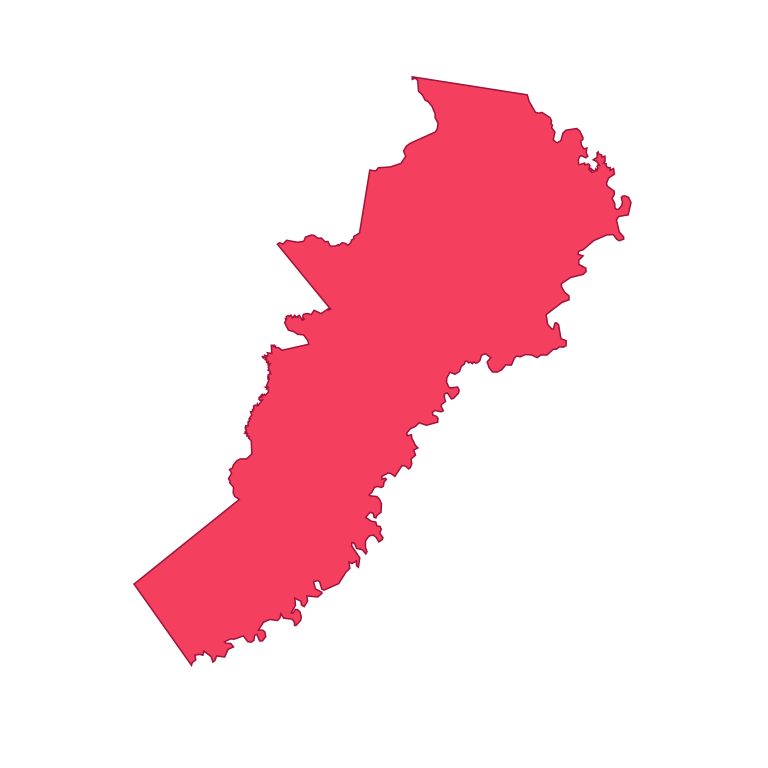 the district of Pacoa (Cor. Departamental), Vaupés, Colombia, rotated 279°
{"feature_id": "7082276B7457968430038", "entity_name": "Pacoa (Cor. Departamental)", "entity_type": "district", "adm_level": 2, "iso_a3": "COL", "parent_name": "Colombia", "parent_adm1": "Vaupés", "projection": "albers", "projection_center": [-70.674, 0.194], "detail": "fine", "context": "isolated", "style": "filled", "palette": "rose", "viewbox_px": 768, "rotation_deg": 279, "n_neighbors": 0, "source": "geoboundaries", "source_scale": "gbopen_adm2", "svg_char_len": 6158}
<svg xmlns="http://www.w3.org/2000/svg" viewBox="0 0 768 768"><g transform="rotate(279 384 384)"><path d="M627.4,578.8L632.7,577.0L630.4,573.7L633.1,573.6L632.8,570.9L634.3,569.1L636.4,569.0L636.6,566.3L638.7,567.5L643.6,566.6L642.3,563.8L644.3,563.1L644.9,559.8L646.7,559.2L645.7,558.3L641.4,559.1L638.1,555.6L636.8,559.6L633.7,562.4L633.7,561.0L632.2,560.3L630.7,561.5L628.3,561.0L629.7,559.5L626.9,559.1L625.4,556.0L627.0,554.4L627.7,557.0L629.4,554.5L628.2,552.8L632.0,553.2L633.4,551.4L631.8,548.3L633.6,547.6L631.3,542.9L631.9,541.6L636.5,540.9L639.7,541.9L640.3,543.4L639.0,548.0L640.9,549.7L644.2,547.4L648.8,547.5L647.4,544.6L651.1,541.5L654.6,540.4L656.5,542.1L658.4,542.0L664.6,537.7L666.5,534.4L663.1,523.9L659.8,521.5L651.9,520.6L649.2,517.1L651.5,513.0L659.7,513.4L663.3,509.5L666.1,509.9L667.2,508.1L670.0,508.4L673.0,506.4L677.0,497.5L675.6,494.5L676.1,491.0L685.9,483.1L692.0,480.3L691.8,363.8L689.3,364.3L691.0,366.9L689.1,369.8L678.5,372.3L675.5,376.7L670.7,380.3L669.7,383.5L665.7,388.0L658.7,392.3L655.1,392.8L649.9,396.6L644.5,396.7L641.0,395.3L625.8,372.2L622.3,368.8L617.1,366.9L612.4,369.8L604.6,366.3L599.4,356.4L596.7,344.6L593.1,342.5L593.1,336.5L529.2,336.2L525.1,331.1L522.8,331.4L521.0,329.3L518.6,329.2L515.2,326.6L516.8,324.3L517.0,320.5L513.9,318.1L514.6,317.2L512.6,314.4L511.9,310.3L512.1,309.0L516.0,306.3L515.3,303.5L518.3,299.4L517.6,295.9L519.7,292.1L519.9,289.3L516.9,283.5L512.4,282.4L510.5,276.6L510.7,265.3L506.4,262.3L507.2,258.8L505.4,256.8L449.5,319.6L448.5,317.4L450.0,317.5L443.7,310.9L445.9,303.4L441.2,301.3L441.7,297.5L440.5,294.1L439.4,293.2L436.0,293.6L435.6,295.0L434.2,293.5L438.6,289.6L437.7,288.4L435.7,288.4L437.0,288.0L435.8,285.4L436.6,286.3L437.9,285.0L435.0,283.3L437.5,281.3L435.7,279.4L436.6,278.6L435.3,276.9L433.1,277.5L433.0,276.5L431.6,277.3L429.1,276.2L422.3,281.1L421.5,287.0L419.6,290.8L419.9,296.9L414.9,302.0L411.5,303.5L401.4,278.1L403.3,274.3L403.2,270.9L404.5,270.9L403.7,269.1L405.1,269.3L404.6,266.6L396.6,268.4L396.6,264.0L395.4,265.0L393.2,264.5L393.8,261.6L391.7,260.8L392.3,259.0L390.7,260.9L391.9,263.4L390.8,264.0L389.5,262.8L389.2,264.5L387.3,264.4L386.6,265.5L387.5,266.3L384.8,266.7L385.8,268.3L382.6,267.0L380.8,268.2L379.6,267.2L378.5,269.8L376.8,269.5L376.3,270.5L374.8,268.1L372.2,268.2L372.6,269.1L370.7,268.9L371.0,269.9L363.9,268.3L362.9,269.9L362.3,267.5L361.7,269.1L360.7,268.8L360.9,270.3L358.0,271.1L354.1,268.5L355.1,267.4L353.7,266.5L354.4,265.8L353.1,264.7L353.9,264.7L352.4,263.8L352.0,265.0L351.2,262.7L349.2,262.9L348.4,264.2L349.1,266.4L343.1,263.1L344.6,262.0L342.7,261.8L343.0,259.9L341.7,258.6L338.9,259.4L338.1,257.5L338.0,258.6L336.3,258.7L335.7,256.5L332.7,258.3L329.3,256.5L328.6,257.4L328.3,256.3L325.8,256.8L325.5,255.7L321.3,256.3L321.3,254.1L319.6,253.7L319.3,254.7L317.9,254.1L316.3,255.5L314.8,254.2L314.1,256.2L313.4,255.0L313.3,256.9L311.2,256.5L310.9,259.1L309.6,258.5L307.3,261.7L294.3,264.4L288.5,260.0L287.5,253.8L285.2,250.6L280.3,247.8L277.3,247.5L275.4,244.8L272.0,247.4L266.0,245.2L263.6,247.4L262.3,247.1L258.5,251.5L252.7,252.1L249.6,254.2L247.4,259.2L147.3,168.4L76.0,237.9L78.9,238.2L82.1,241.3L86.5,239.6L88.1,244.0L87.8,247.6L92.0,247.9L87.8,255.8L82.6,258.5L84.1,260.1L89.2,261.2L89.4,269.3L97.5,271.5L100.8,276.5L103.8,273.2L103.2,268.7L104.4,266.8L108.2,272.3L108.6,276.2L113.2,284.4L108.2,289.8L108.2,293.1L110.4,295.6L115.6,295.5L116.8,297.6L110.8,301.3L111.2,304.1L115.9,306.7L120.4,305.2L121.9,302.7L121.2,298.4L129.9,302.3L133.6,308.2L133.7,315.8L136.6,317.8L141.0,318.2L137.0,321.5L137.4,330.0L134.8,332.7L131.5,333.4L131.7,334.8L137.5,338.6L140.9,338.8L145.7,336.7L147.6,333.9L147.4,331.6L143.6,330.2L143.6,328.2L151.7,331.2L158.5,329.4L156.4,336.0L152.8,337.0L151.6,340.0L157.7,342.5L162.6,341.0L163.3,351.9L167.6,355.5L168.7,355.1L170.8,348.4L177.7,345.3L179.4,349.1L178.9,351.2L171.6,354.7L171.0,357.0L179.8,370.5L192.4,375.9L196.6,379.1L202.7,377.2L201.7,380.6L204.9,384.3L200.2,385.3L199.0,387.4L208.4,387.3L219.1,377.4L222.4,377.1L222.1,379.6L217.3,382.8L217.0,388.4L213.3,392.6L215.7,393.5L219.9,391.2L226.2,390.3L231.4,392.9L233.1,396.9L231.3,400.3L227.2,403.6L229.9,406.5L232.0,407.0L236.1,403.2L240.2,404.0L242.7,402.4L242.8,399.0L246.4,397.5L246.5,392.8L249.4,386.8L255.0,390.2L254.6,393.6L250.9,394.9L250.4,396.9L253.3,397.7L256.8,401.1L265.4,400.2L269.5,397.5L271.7,394.6L271.4,387.0L272.3,386.6L275.0,388.9L280.5,390.8L281.8,393.9L281.4,397.6L282.9,399.4L287.1,399.4L290.2,401.3L291.1,399.9L289.7,396.9L292.3,396.2L296.7,401.9L296.7,404.9L294.4,409.2L306.2,414.5L306.3,417.8L304.0,421.7L305.5,423.1L309.5,423.9L314.3,422.5L318.6,426.3L323.4,423.7L326.2,427.5L328.2,424.7L334.9,419.9L338.2,419.1L336.6,415.1L339.1,414.2L343.8,416.9L347.2,421.8L351.2,424.8L349.9,432.3L354.7,443.0L358.5,442.7L360.2,441.0L361.1,437.0L363.9,436.2L365.8,438.7L365.5,444.8L366.8,446.8L371.0,443.8L372.9,444.1L376.2,447.4L381.6,445.3L384.0,445.7L385.1,448.1L379.8,452.9L380.7,454.9L386.6,459.0L389.6,459.2L392.5,457.2L390.5,450.0L391.4,448.2L395.7,445.5L399.8,445.1L405.9,447.2L404.7,452.6L408.3,456.7L413.4,457.5L416.5,460.4L418.8,460.4L419.6,462.3L418.1,464.4L419.1,466.4L417.8,468.0L420.0,469.5L418.9,471.1L419.5,472.8L422.0,475.0L427.6,475.8L429.7,479.4L426.8,485.4L421.9,482.4L416.6,485.2L412.9,489.2L413.4,493.8L416.4,498.0L421.9,501.3L422.6,506.9L429.8,508.7L432.5,510.7L432.1,514.2L435.2,519.1L435.8,525.3L434.0,531.2L437.2,534.4L438.1,540.4L445.0,546.0L445.2,548.7L448.1,551.4L448.5,555.5L450.2,557.8L455.3,557.2L456.4,551.7L470.0,547.1L471.4,544.8L470.9,543.3L464.9,542.8L464.5,541.2L468.5,536.3L477.9,533.3L492.5,547.1L496.1,553.6L500.0,552.9L503.1,547.8L508.0,544.0L510.9,543.6L518.3,551.5L523.4,563.5L526.7,566.0L530.0,565.2L532.6,557.8L536.7,557.0L541.7,560.6L542.5,555.4L545.4,555.3L547.7,559.6L558.3,568.6L566.1,580.7L567.4,587.1L563.4,591.2L562.3,593.9L564.6,598.1L566.7,597.7L571.0,592.6L582.5,587.9L586.2,589.6L589.2,598.7L601.8,599.6L606.6,596.3L607.5,592.6L606.8,590.1L605.1,589.2L601.0,591.1L597.3,590.8L593.3,588.3L592.8,586.4L594.0,584.6L598.5,583.6L602.9,580.3L607.4,581.8L610.4,581.3L614.4,573.6L617.1,572.4L622.6,573.6L627.4,578.8Z" fill="#f43f5e" stroke="#9f1239" stroke-width="1.5"/></g></svg>